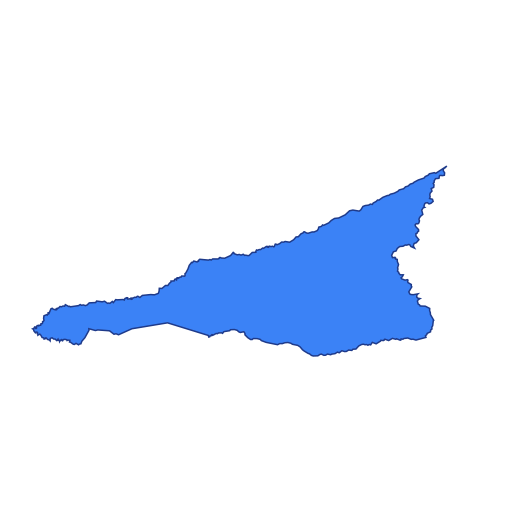 Jaborandi, Bahia, Brazil (Mercator projection), rotated 198°
{"feature_id": "56859067B63285014650329", "entity_name": "Jaborandi", "entity_type": "district", "adm_level": 2, "iso_a3": "BRA", "parent_name": "Brazil", "parent_adm1": "Bahia", "projection": "mercator", "projection_center": [-45.328, -14.136], "detail": "fine", "context": "isolated", "style": "filled", "palette": "blue", "viewbox_px": 512, "rotation_deg": 198, "n_neighbors": 0, "source": "geoboundaries", "source_scale": "gbopen_adm2", "svg_char_len": 6128}
<svg xmlns="http://www.w3.org/2000/svg" viewBox="0 0 512 512"><g transform="rotate(198 256 256)"><path d="M338.0,195.4L337.3,192.6L337.3,190.3L340.6,187.7L344.2,186.8L351.9,183.4L353.6,180.7L355.9,181.2L356.5,180.9L357.1,179.7L358.8,179.2L359.8,178.1L361.6,177.4L360.7,176.6L361.3,176.2L362.2,176.6L364.7,175.4L365.3,175.7L365.3,176.6L366.1,176.4L367.5,175.1L367.7,173.4L368.8,173.6L374.5,171.4L375.9,171.2L377.3,167.6L378.6,168.4L380.3,165.8L381.4,165.8L382.6,165.1L386.1,166.2L388.1,164.9L393.7,163.9L394.1,162.2L400.1,159.9L401.5,157.2L402.9,156.1L405.1,156.1L406.7,155.2L408.2,155.5L409.4,154.0L416.9,150.3L417.7,150.6L418.4,150.1L422.3,150.8L422.5,149.1L424.1,148.8L425.3,147.6L426.8,147.4L427.7,145.5L428.5,145.1L429.0,143.5L429.7,144.1L430.2,142.8L432.6,142.8L433.7,143.3L434.7,142.4L435.1,137.8L435.6,138.1L436.2,137.7L435.6,136.6L436.5,135.9L436.4,135.3L437.1,135.4L439.2,133.6L438.7,130.9L437.7,129.2L438.1,128.0L438.7,127.7L438.3,126.3L438.5,125.6L439.6,125.1L439.4,123.6L441.2,123.0L441.1,122.4L442.5,122.3L443.1,120.9L442.4,119.8L442.6,119.2L443.1,119.0L444.0,120.2L444.6,120.1L444.8,118.7L445.9,117.7L444.9,117.5L444.1,116.1L442.1,114.8L441.8,115.5L440.8,116.0L439.9,115.4L440.1,114.5L439.0,114.0L438.9,113.4L437.5,114.9L436.0,114.1L434.3,112.4L432.4,112.5L431.9,111.5L430.9,112.1L430.7,113.1L429.9,113.2L428.6,112.2L426.6,112.3L425.6,111.7L426.2,114.0L424.7,115.2L422.7,114.5L421.5,114.9L419.3,114.0L418.6,115.8L418.2,115.3L418.3,114.6L416.9,115.0L416.4,114.0L416.1,115.5L415.4,115.3L414.9,116.4L413.7,115.7L413.4,117.0L412.0,117.7L410.2,117.9L409.6,117.2L408.9,117.9L407.0,118.3L406.8,116.6L405.8,116.7L402.5,115.6L401.3,115.8L400.2,117.3L397.3,116.7L396.8,117.6L395.4,118.4L395.3,121.1L393.5,125.4L391.9,133.7L392.5,135.2L385.7,135.5L383.6,136.8L372.2,139.6L366.9,137.7L365.1,138.8L362.4,138.6L351.5,148.5L319.5,165.1L276.9,165.7L275.8,164.3L275.1,164.9L275.4,165.4L273.3,166.8L273.9,167.1L273.6,167.6L272.0,167.8L270.0,170.0L268.8,170.1L267.9,171.2L265.0,172.3L263.9,172.1L263.3,173.9L262.5,174.5L258.0,176.8L257.5,178.0L253.8,179.4L250.9,179.5L249.1,178.6L247.3,178.4L244.2,180.2L242.6,179.0L242.1,177.6L238.6,175.8L235.4,174.9L233.8,175.4L233.0,176.7L229.3,177.8L226.3,178.0L224.7,177.2L219.7,177.0L208.1,178.3L206.4,180.0L203.9,180.8L201.8,182.4L198.9,183.6L195.9,183.8L194.1,183.3L188.7,183.9L186.0,183.2L182.8,181.2L180.8,180.5L176.0,179.4L175.2,179.6L172.6,178.6L170.7,178.6L166.3,180.2L164.7,182.2L163.5,182.9L160.8,182.5L159.1,183.2L157.8,184.8L154.4,185.2L153.8,186.0L150.6,187.6L148.9,189.7L146.9,189.7L145.1,192.4L142.1,192.5L140.5,193.2L138.8,195.2L135.7,195.8L135.0,197.3L132.2,198.4L130.5,202.2L128.3,204.4L126.7,205.3L124.9,205.3L123.4,206.0L122.0,205.7L121.0,206.8L119.5,206.9L118.7,209.8L114.6,209.6L111.3,213.5L111.2,214.4L108.8,214.9L108.1,215.5L108.2,216.2L107.7,216.7L103.7,216.6L100.8,219.8L97.2,220.0L96.8,220.7L92.9,220.5L92.3,220.8L92.4,221.9L90.5,222.3L89.9,223.2L86.3,224.9L82.6,224.7L81.0,225.4L77.9,225.5L69.2,231.1L70.2,232.4L69.3,234.0L69.3,235.3L66.6,237.8L67.0,239.6L66.1,240.9L66.8,242.6L66.4,244.3L67.4,249.2L67.1,249.8L72.0,254.2L72.7,256.0L74.0,257.7L74.6,259.8L79.4,260.6L84.4,259.2L85.4,260.1L86.8,260.3L88.6,263.0L88.2,264.5L86.8,266.2L89.0,265.9L90.4,266.5L91.0,268.7L90.3,270.0L94.5,267.8L97.0,267.2L98.1,267.5L99.6,269.1L98.3,274.8L99.1,275.5L99.5,276.9L103.3,277.7L103.9,278.6L104.0,280.0L104.6,280.3L106.8,279.1L110.5,279.3L111.3,280.1L110.4,281.5L110.1,283.6L113.1,282.7L114.9,283.8L115.2,284.6L116.7,285.2L117.0,287.5L117.7,288.5L117.8,291.9L119.9,294.4L120.6,296.4L122.3,296.2L122.8,296.6L122.6,297.2L123.4,297.7L125.7,296.6L127.2,298.6L126.6,302.5L124.3,304.1L124.0,306.8L122.3,309.4L119.2,310.7L117.4,312.6L116.0,312.9L114.2,314.2L113.2,314.2L111.7,312.9L107.7,312.5L109.5,314.1L109.5,316.8L107.7,318.1L106.1,321.8L110.1,324.5L110.4,325.4L110.8,326.7L109.8,327.6L109.7,329.1L109.0,329.9L109.6,331.4L113.3,333.4L114.3,334.7L113.6,336.3L112.0,336.6L111.3,337.8L111.4,340.0L112.3,341.0L112.4,342.4L111.8,344.6L110.2,347.1L112.6,350.9L111.8,353.6L110.6,354.4L111.3,354.6L111.7,355.5L111.7,357.9L111.2,358.8L109.4,359.7L107.6,359.0L106.9,359.4L105.8,360.3L104.4,362.7L105.7,364.5L108.7,364.3L108.7,366.2L109.6,367.8L109.8,369.6L108.7,372.1L110.2,374.3L108.2,376.2L108.7,378.7L109.9,379.8L109.3,381.3L109.8,382.3L109.2,385.0L106.0,386.4L106.3,389.0L106.0,389.5L103.4,390.1L101.8,391.0L102.3,393.4L104.3,395.0L104.7,397.5L110.6,390.2L112.1,390.4L116.5,387.8L117.3,386.0L119.6,383.9L120.3,382.0L125.1,378.5L128.4,375.1L129.3,373.6L131.5,372.1L133.1,369.4L135.2,368.0L136.4,365.6L140.2,363.1L141.1,361.3L144.0,358.4L147.3,356.3L148.4,354.7L149.8,354.1L153.5,351.0L156.3,347.2L157.7,346.8L158.6,345.0L160.9,342.6L161.3,341.0L163.3,340.7L164.6,339.2L167.6,337.8L169.6,336.2L170.6,332.2L171.7,330.6L178.1,329.6L181.0,327.9L183.9,322.7L189.1,317.7L192.9,316.0L195.4,313.1L197.0,310.0L201.1,306.1L202.3,306.1L202.9,304.4L205.2,302.9L205.1,300.7L205.7,299.0L208.2,296.8L210.1,296.2L213.5,293.7L215.1,293.5L217.4,294.0L218.1,293.6L218.4,292.5L220.1,291.0L221.7,287.4L223.8,286.5L225.2,283.1L228.3,279.5L232.8,278.8L234.0,277.7L235.9,277.2L237.4,275.0L239.5,273.2L240.8,273.5L241.4,273.2L241.5,270.6L242.0,270.2L243.3,270.4L244.6,269.6L246.2,269.5L246.9,268.1L247.8,268.0L247.8,268.7L249.1,268.3L251.2,265.6L252.0,265.7L252.6,265.0L253.6,263.5L255.0,263.1L256.2,262.0L257.4,261.9L257.6,260.3L257.3,259.5L260.7,258.2L262.7,254.4L263.6,253.9L266.1,253.6L266.9,253.1L268.7,253.7L270.5,252.2L272.4,252.3L274.2,251.3L277.6,251.5L278.0,252.2L278.8,252.4L280.3,248.6L285.1,244.2L288.2,243.4L289.8,243.5L290.4,242.9L290.3,242.2L291.3,241.4L296.3,239.8L297.4,238.3L298.7,238.4L300.0,237.4L308.5,235.5L309.5,233.7L309.1,233.2L310.3,232.1L313.6,232.0L314.5,230.0L315.3,230.0L316.6,226.5L316.7,222.6L317.5,218.2L318.1,217.2L317.5,215.8L317.6,214.8L320.5,214.0L320.8,212.7L321.7,212.5L323.0,210.8L323.6,210.4L323.7,211.1L324.3,210.9L324.7,210.1L324.3,208.7L325.6,209.1L326.1,208.7L326.2,207.0L329.1,205.9L328.8,205.2L330.0,203.1L330.7,200.7L333.0,200.0L335.4,196.1L338.0,195.4ZM104.7,397.5L103.7,397.9L102.3,400.5L104.7,397.5Z" fill="#3b82f6" stroke="#1e3a8a" stroke-width="1.5"/></g></svg>